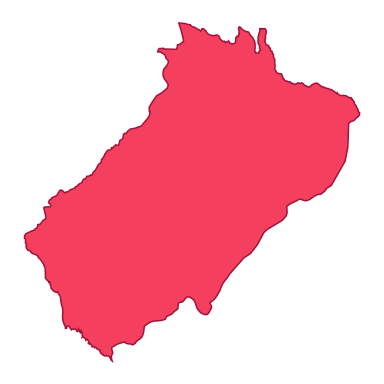 outline of Sigsig, Azuay, Ecuador
{"feature_id": "8360857B4650736479610", "entity_name": "Sigsig", "entity_type": "district", "adm_level": 2, "iso_a3": "ECU", "parent_name": "Ecuador", "parent_adm1": "Azuay", "projection": "natural_earth1", "projection_center": [-78.88, -3.133], "detail": "fine", "context": "isolated", "style": "filled", "palette": "rose", "viewbox_px": 384, "rotation_deg": 0, "n_neighbors": 0, "source": "geoboundaries", "source_scale": "gbopen_adm2", "svg_char_len": 5782}
<svg xmlns="http://www.w3.org/2000/svg" viewBox="0 0 384 384"><path d="M265.1,28.7L259.7,28.7L260.0,30.8L258.9,33.6L258.1,37.2L258.1,42.5L258.3,43.8L259.7,45.9L259.4,48.3L260.6,49.8L259.0,51.4L258.8,52.1L259.0,53.0L255.7,53.0L255.8,52.3L254.9,51.1L254.8,49.8L255.1,48.8L255.1,43.8L254.5,41.1L252.9,38.0L250.8,35.6L248.8,32.4L247.8,31.7L246.7,31.8L243.8,30.4L241.5,28.9L241.1,27.8L239.2,26.8L238.4,28.4L239.3,31.8L238.7,33.7L239.3,34.4L238.3,35.5L238.0,36.4L237.7,36.6L236.9,36.2L235.7,38.0L235.7,41.0L235.2,42.7L234.2,43.5L232.7,43.9L231.6,43.8L229.4,42.6L228.7,40.9L228.3,41.4L226.5,41.8L225.2,42.5L224.3,41.2L222.8,41.4L220.2,39.1L218.9,36.0L216.8,34.9L215.7,35.0L214.5,35.7L212.2,35.5L210.2,35.0L207.7,33.8L206.5,32.1L206.3,31.3L203.6,28.9L202.1,28.6L200.6,31.1L198.2,29.2L197.3,29.1L196.1,28.1L195.6,28.2L194.5,27.1L192.9,26.9L191.0,25.9L190.3,24.6L189.5,24.8L184.7,23.5L178.8,23.0L181.7,32.3L183.6,40.9L182.0,42.6L179.7,44.2L178.6,44.7L177.5,44.8L176.8,49.0L176.4,49.3L163.9,49.0L163.4,48.2L160.9,48.6L159.7,48.4L158.6,49.2L158.0,50.6L157.7,51.9L160.4,52.0L164.0,54.2L165.0,55.2L166.3,58.7L167.5,59.7L168.4,61.0L168.1,63.2L167.1,65.2L164.0,68.9L163.1,71.9L163.0,73.7L163.2,75.9L163.6,77.2L164.5,79.1L167.1,82.5L168.2,84.8L168.2,85.3L167.2,88.2L162.1,92.6L156.7,95.7L152.7,101.3L149.2,107.2L149.3,111.1L149.6,112.1L150.1,112.1L150.0,112.6L149.5,115.2L147.8,118.2L141.4,125.8L140.0,126.6L138.9,126.7L135.2,128.2L130.5,129.0L127.5,131.3L126.3,133.3L124.4,133.4L123.5,134.2L122.8,138.4L121.8,139.5L120.0,140.3L119.6,140.8L119.7,141.8L118.6,145.1L117.7,145.4L115.6,144.8L114.9,145.9L113.6,146.6L112.7,147.8L111.5,147.7L111.7,149.0L110.4,149.5L109.6,150.2L108.6,150.0L107.7,150.2L106.4,151.8L105.7,153.2L104.8,154.1L103.6,157.1L101.4,159.7L101.2,160.2L101.5,162.3L98.6,164.2L95.5,170.0L92.9,172.7L92.2,175.0L90.7,174.9L88.8,176.1L86.8,176.3L85.6,178.7L84.3,178.8L83.1,179.8L82.6,180.5L82.3,181.9L80.7,183.4L79.4,183.7L78.7,184.6L77.7,185.1L77.1,186.2L75.5,186.8L74.1,188.5L70.5,189.6L67.7,191.9L65.8,192.0L65.1,192.8L64.5,192.8L62.2,190.3L60.2,190.2L59.6,190.7L56.7,195.6L51.7,197.8L50.8,199.4L49.4,200.1L48.8,201.7L49.0,203.3L50.6,204.4L50.9,205.5L50.5,206.6L44.4,207.1L43.8,207.8L45.9,216.7L46.0,217.7L45.8,218.5L42.7,220.7L42.3,221.5L39.8,224.6L38.7,224.3L37.8,224.7L37.7,226.6L36.3,228.5L35.1,228.8L34.6,230.0L32.1,230.8L26.4,233.5L25.2,234.5L24.7,235.7L24.4,238.4L25.3,238.8L25.6,239.6L25.4,242.7L26.6,245.0L26.0,246.7L26.3,248.0L27.7,250.1L30.8,251.2L31.0,251.4L30.9,252.2L32.3,253.4L37.4,255.4L38.2,257.4L39.6,258.6L41.4,260.9L43.3,263.8L45.1,268.0L45.5,276.3L45.2,277.7L46.7,279.9L48.3,281.0L48.5,281.9L49.3,281.7L49.0,282.6L50.0,282.6L50.2,283.7L50.0,284.5L51.2,286.3L50.9,287.1L51.1,288.4L54.3,291.7L55.5,291.7L56.0,292.3L57.9,292.2L58.2,293.4L59.9,295.9L60.5,297.5L60.8,301.1L61.2,301.7L61.2,304.0L61.6,304.7L61.7,305.9L62.4,307.0L62.9,312.2L62.4,316.4L62.8,317.8L62.6,319.4L63.7,323.2L64.2,323.7L64.2,324.5L65.2,326.0L65.4,328.4L66.5,328.3L66.8,326.3L68.1,325.9L69.5,326.9L71.4,329.9L72.2,329.1L72.9,329.4L73.7,329.0L75.2,329.1L76.4,330.3L76.8,331.2L77.4,331.6L78.3,330.6L78.3,329.0L79.2,330.2L79.4,331.4L80.2,332.5L80.7,330.5L81.0,330.6L81.2,331.4L81.7,331.9L81.5,332.8L82.3,333.1L82.5,334.1L82.1,334.9L82.5,335.7L82.1,337.5L82.9,337.1L84.1,337.6L85.5,338.9L85.8,340.2L86.8,339.3L87.3,339.2L87.7,340.2L88.4,340.8L88.6,341.9L88.3,343.1L89.0,343.3L89.0,343.8L89.6,344.2L89.8,343.3L90.3,343.6L91.6,345.2L92.2,347.0L93.3,346.4L94.1,346.6L94.6,347.7L95.3,347.4L96.2,347.6L96.4,348.4L98.4,349.7L99.5,349.8L99.6,350.9L100.1,351.5L100.5,352.8L101.7,353.7L102.1,354.5L103.0,354.5L103.3,355.3L105.6,356.1L107.3,355.7L109.5,356.7L111.3,360.3L112.2,361.0L111.6,359.1L111.4,355.8L112.4,354.1L112.7,352.4L111.7,348.8L111.9,347.3L117.7,344.0L123.7,342.1L124.5,342.1L126.2,343.3L127.8,343.8L131.3,344.1L132.4,344.9L133.7,344.4L135.4,343.2L136.4,341.3L140.8,338.3L142.5,335.9L143.7,331.9L144.3,326.6L145.6,325.3L149.1,322.8L151.9,321.6L153.8,321.1L161.2,320.5L165.1,319.4L165.7,318.5L166.3,316.7L171.9,314.0L173.8,311.9L177.9,308.8L178.2,304.6L178.7,303.0L179.3,302.5L181.9,302.1L183.0,301.5L186.8,297.0L188.3,296.9L190.7,297.5L193.3,299.6L194.8,301.7L197.3,308.7L199.7,311.8L201.2,313.1L202.7,313.8L205.5,314.7L207.1,314.5L207.9,313.9L209.1,312.4L211.6,307.5L211.0,305.1L209.8,302.8L213.5,300.1L215.6,297.8L219.7,291.0L221.9,285.2L224.1,281.7L227.9,276.8L229.3,274.4L243.3,258.5L244.7,257.3L250.4,253.6L256.1,246.4L258.8,242.1L263.9,232.5L267.5,229.3L282.5,220.2L286.1,216.0L287.1,213.1L286.8,206.4L289.6,204.2L296.8,200.7L299.4,199.0L305.8,200.9L309.5,199.6L314.5,196.1L317.2,194.7L321.0,194.1L324.7,191.2L326.6,188.4L331.3,185.5L345.1,161.2L347.8,147.3L348.7,123.3L350.4,121.9L354.0,120.5L356.5,117.8L358.2,116.7L359.4,115.1L359.6,112.6L358.4,111.7L357.9,109.4L356.4,106.8L356.0,105.7L354.4,103.4L354.1,101.9L353.3,100.6L353.0,100.6L352.2,99.1L351.6,99.1L351.6,98.4L351.1,97.8L350.6,98.1L350.4,97.6L348.8,97.6L348.7,97.2L348.2,97.2L346.1,95.8L343.3,95.4L341.0,95.6L339.6,95.1L338.6,94.2L337.0,93.6L337.1,92.7L336.5,93.0L336.0,92.9L331.7,89.7L329.4,89.2L328.3,88.5L326.1,88.3L324.4,87.3L323.6,87.4L322.9,86.9L322.0,86.8L317.1,83.1L314.7,83.4L311.7,84.9L311.0,85.8L308.9,87.0L306.8,86.5L306.5,86.0L305.8,85.6L304.5,85.4L303.5,83.9L301.8,82.8L300.1,83.5L299.3,83.0L298.4,83.3L297.5,82.9L297.1,83.5L294.5,84.4L292.2,83.2L291.4,83.6L290.1,81.8L288.4,81.9L286.7,80.9L285.3,81.1L284.5,80.3L284.1,79.1L282.9,78.3L282.8,76.9L282.2,75.9L281.6,73.9L278.0,73.4L276.6,72.5L274.7,68.5L275.1,65.9L274.7,62.7L274.8,59.4L273.5,57.1L273.4,55.3L273.1,54.0L272.2,52.5L272.1,51.4L270.3,50.1L270.4,48.2L268.9,47.4L268.8,45.8L267.3,45.0L266.0,44.8L265.5,42.6L264.7,41.8L265.2,41.1L265.1,39.4L265.6,38.5L265.4,36.0L266.2,32.8L266.2,30.5L265.1,28.7Z" fill="#f43f5e" stroke="#9f1239" stroke-width="1.5"/></svg>